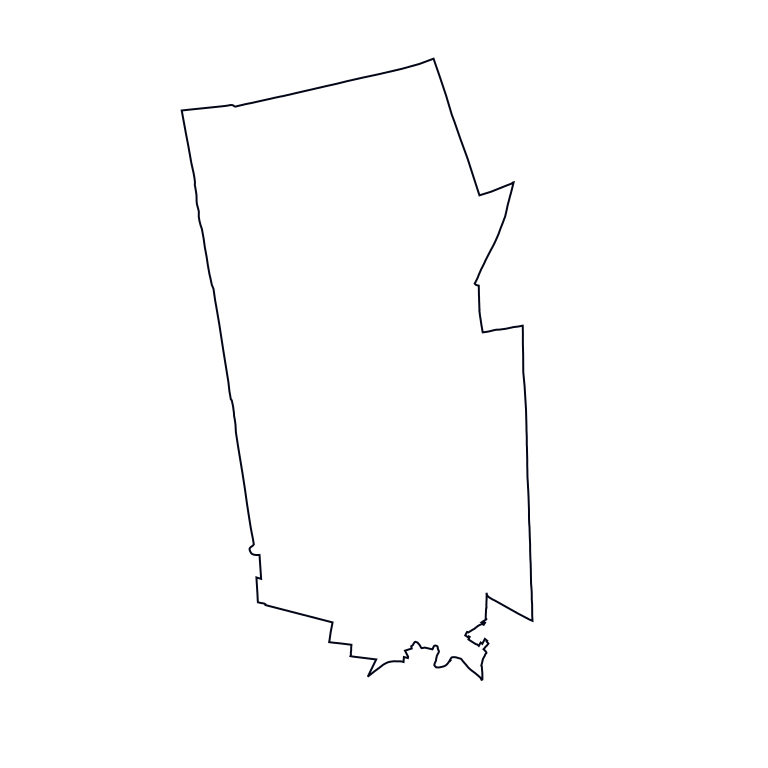 Cuza Voda, Galati, Romania, rotated 258°
{"feature_id": "2599482B54089289556757", "entity_name": "Cuza Voda", "entity_type": "district", "adm_level": 2, "iso_a3": "ROU", "parent_name": "Romania", "parent_adm1": "Galati", "projection": "equal_earth", "projection_center": [27.809, 45.588], "detail": "fine", "context": "isolated", "style": "outline", "palette": "ink", "viewbox_px": 768, "rotation_deg": 258, "n_neighbors": 0, "source": "geoboundaries", "source_scale": "gbopen_adm2", "svg_char_len": 6096}
<svg xmlns="http://www.w3.org/2000/svg" viewBox="0 0 768 768"><g transform="rotate(258 384 384)"><path d="M101.1,307.3L105.1,315.3L107.2,320.0L109.6,324.9L110.2,326.8L110.8,329.0L111.1,331.4L110.8,335.7L109.1,343.2L108.0,345.3L112.8,346.7L111.0,350.4L112.2,350.9L112.5,350.8L118.8,349.1L119.5,356.1L121.3,356.1L121.8,356.1L122.1,357.0L122.8,358.1L124.2,359.3L125.1,360.3L125.3,361.0L124.8,362.0L124.1,363.0L123.1,363.6L122.0,364.2L120.4,364.9L118.5,365.4L118.2,365.6L117.8,365.9L117.7,368.0L117.7,369.1L114.4,376.2L114.6,376.4L114.9,376.7L115.6,377.1L116.4,377.7L117.2,378.3L117.5,379.0L117.5,379.7L117.4,380.2L117.2,380.5L116.8,381.1L116.4,381.6L116.0,381.7L115.6,381.8L115.3,381.8L115.0,381.8L114.7,381.7L114.1,381.7L112.8,381.8L111.1,382.2L109.4,381.2L108.5,380.2L107.4,379.5L106.9,379.1L105.3,378.4L104.2,377.8L103.6,377.7L102.6,377.3L101.1,376.2L100.3,375.6L98.7,374.8L97.8,375.0L96.0,376.1L95.5,378.0L95.3,379.0L95.3,379.9L95.3,382.7L95.5,384.5L95.6,384.9L96.0,386.1L96.2,386.5L97.2,388.0L98.1,389.0L98.6,389.5L99.6,390.6L99.9,391.0L99.5,391.2L99.9,391.7L100.5,391.3L101.2,391.9L102.1,392.8L102.5,393.5L102.5,394.2L102.4,394.5L102.3,395.7L101.7,397.5L101.0,398.9L100.5,399.6L99.8,401.1L99.3,402.0L98.9,402.4L98.7,402.5L97.7,403.0L96.4,403.5L95.7,404.0L94.3,404.7L93.0,405.5L91.5,406.3L89.6,407.2L87.8,408.4L85.9,409.8L84.7,410.9L82.2,413.1L78.9,415.6L77.9,416.4L76.6,417.3L74.4,417.9L74.5,418.8L80.2,420.0L83.3,420.4L85.7,420.7L86.6,420.9L87.7,420.9L88.2,420.6L89.0,421.0L91.2,422.1L92.6,422.8L92.9,422.8L94.2,423.5L95.5,424.5L96.6,425.5L97.1,426.0L97.6,426.3L98.2,426.6L98.4,426.8L98.8,427.2L99.0,427.4L99.7,428.3L101.2,428.0L101.9,427.4L102.8,427.0L103.9,426.2L104.5,427.1L105.6,428.4L106.8,430.3L108.4,432.2L110.8,430.8L111.4,431.5L113.7,429.7L109.4,426.1L111.0,424.8L108.1,422.3L109.1,421.6L109.9,420.9L110.5,419.7L111.9,418.2L114.3,415.8L116.6,413.5L118.8,415.2L119.6,414.3L118.8,413.5L121.2,411.2L123.0,412.6L123.7,413.2L124.2,413.7L124.0,414.1L123.5,414.7L123.7,415.5L124.2,416.9L125.3,419.9L125.7,421.4L125.9,421.8L126.2,422.3L126.3,422.5L127.2,424.4L127.9,425.8L128.1,426.5L128.4,427.7L128.6,428.5L129.0,429.8L128.8,430.0L128.3,430.8L127.8,431.4L128.1,431.6L128.9,432.7L129.5,433.2L129.7,432.9L130.1,432.3L130.3,431.3L130.7,430.3L131.2,431.5L131.6,432.7L132.6,435.3L132.6,436.0L133.0,434.6L136.8,435.5L137.4,435.7L137.9,435.8L139.3,436.2L141.7,436.8L143.7,437.4L143.8,437.7L145.5,438.0L146.7,438.2L148.6,438.7L150.4,439.1L151.6,439.5L153.0,439.8L153.8,440.0L154.9,440.2L156.1,440.5L156.7,440.6L157.2,440.6L158.4,440.9L157.2,440.9L156.4,440.9L156.1,441.0L155.7,441.1L155.2,441.3L154.7,441.5L153.4,442.5L152.6,443.4L151.6,444.4L151.1,444.9L150.0,446.3L149.3,447.2L148.2,448.5L131.4,467.6L123.2,477.5L121.5,480.0L126.6,480.8L137.8,483.1L142.9,483.8L144.5,484.2L148.1,484.9L149.6,485.2L153.7,485.8L157.8,486.3L158.5,486.4L172.8,489.2L175.2,489.6L177.0,490.0L179.0,490.3L181.5,490.7L184.0,491.1L190.6,492.3L195.0,493.2L196.2,493.5L198.7,493.9L200.5,494.2L205.2,495.0L213.3,496.5L217.8,497.1L222.4,497.9L231.1,499.7L240.7,501.4L243.4,501.9L246.0,502.3L248.2,502.7L252.9,503.4L257.2,504.1L263.3,505.0L270.9,506.5L275.8,507.4L279.3,508.2L288.4,509.9L293.1,510.8L294.8,511.0L300.8,512.3L304.0,512.9L308.8,513.7L313.8,514.7L328.4,517.4L328.9,517.5L352.9,521.1L366.7,522.7L383.7,526.2L395.0,528.3L402.9,530.0L405.2,530.5L411.0,531.6L412.2,531.8L412.3,527.4L412.8,521.5L412.7,521.0L412.7,520.1L412.7,519.2L412.7,518.8L412.7,517.8L412.7,514.6L413.2,508.1L413.4,507.0L413.7,505.6L413.8,504.0L413.7,500.7L413.7,500.3L413.6,498.1L413.7,495.0L414.0,491.3L422.3,491.6L426.6,491.9L431.1,492.1L434.0,492.4L436.0,492.5L436.5,492.9L436.8,492.8L437.3,492.9L443.0,493.9L447.1,494.6L448.3,494.9L451.5,495.4L455.6,496.2L459.6,497.0L460.2,497.0L460.5,497.1L460.9,496.2L461.7,494.8L462.0,494.4L462.8,493.9L463.4,493.6L463.7,493.9L464.3,494.4L467.9,497.3L468.7,497.9L470.8,499.2L473.3,501.0L474.7,502.0L475.9,502.8L477.3,504.0L481.3,507.2L483.4,508.7L484.4,509.5L485.4,510.3L488.6,512.9L489.5,513.6L491.0,514.9L491.9,515.6L493.9,517.3L494.8,518.1L497.1,520.0L498.0,520.7L498.5,521.1L499.8,522.1L501.4,523.3L506.7,527.1L511.4,530.0L518.2,534.5L520.2,535.7L522.1,537.0L523.4,537.7L529.0,540.3L532.9,542.0L534.1,542.6L538.8,545.0L541.3,546.2L543.7,547.5L545.7,548.5L547.9,549.6L554.3,552.7L554.2,551.7L553.5,550.6L552.6,544.7L549.8,528.6L548.7,516.6L553.3,516.1L587.2,512.6L608.4,509.6L626.1,507.4L633.2,506.3L653.3,504.7L672.6,502.5L691.9,500.1L690.5,490.6L689.7,485.3L688.6,467.3L688.1,442.7L688.1,426.4L687.9,411.4L687.5,400.1L687.4,389.2L687.1,372.0L687.0,365.4L686.8,355.4L686.7,352.1L686.7,351.9L686.7,351.3L686.7,348.6L686.6,345.5L686.7,342.5L686.7,335.6L686.6,332.3L686.6,329.0L686.5,319.5L686.4,312.4L686.5,310.2L686.5,305.7L686.3,297.7L686.2,296.8L686.4,295.9L686.8,295.3L687.5,294.7L687.9,294.3L688.3,293.7L688.8,291.9L688.8,290.8L688.8,289.7L689.0,286.4L689.4,282.4L692.5,253.6L693.6,243.0L675.8,242.5L668.8,242.3L657.8,242.1L640.2,241.5L630.0,241.6L624.4,241.4L620.4,241.0L618.1,240.3L615.4,240.3L608.1,239.9L605.2,239.4L602.4,238.8L598.8,238.4L593.4,238.7L591.0,238.7L586.2,237.6L582.1,237.4L577.4,237.6L573.5,238.1L563.5,237.8L555.4,237.2L544.6,236.9L537.0,236.4L527.4,236.1L524.5,236.2L518.8,236.2L516.8,236.2L512.5,237.0L500.7,236.2L494.2,236.0L476.7,235.3L450.3,233.8L418.2,232.2L409.1,231.3L400.8,231.0L399.7,231.7L393.5,231.7L386.9,231.2L383.8,230.7L381.1,230.7L375.3,230.3L367.6,229.1L353.7,228.3L325.7,227.0L309.8,226.1L295.6,225.1L281.7,224.3L277.4,224.1L271.9,223.8L264.1,223.6L259.9,223.6L254.2,223.3L253.2,222.2L252.4,220.2L251.6,218.9L250.7,218.2L249.5,218.1L248.0,218.3L246.6,218.8L245.5,219.3L245.0,219.9L244.1,221.2L243.2,223.7L242.7,226.7L218.9,223.3L221.3,219.0L204.6,216.5L200.9,215.9L197.9,215.4L196.7,215.3L195.4,218.0L194.3,220.9L193.1,222.3L192.4,222.1L161.5,284.1L157.4,282.4L153.0,280.5L149.0,279.0L145.4,277.7L142.9,276.7L142.3,278.3L141.3,281.3L139.5,286.9L135.7,297.9L134.6,297.6L132.7,297.0L131.2,296.7L129.6,296.3L128.2,295.7L126.7,295.5L125.8,295.2L124.8,294.6L123.8,297.0L122.8,299.9L116.2,319.1L101.1,307.3Z" fill="none" stroke="#020617" stroke-width="2"/></g></svg>